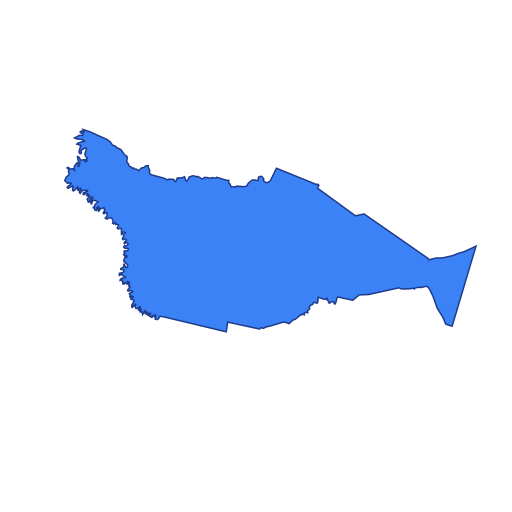 Mongkol Borei, Bântéay Méanchey, Cambodia (Natural Earth projection), rotated 197°
{"feature_id": "14789045B79139506572883", "entity_name": "Mongkol Borei", "entity_type": "district", "adm_level": 2, "iso_a3": "KHM", "parent_name": "Cambodia", "parent_adm1": "Bântéay Méanchey", "projection": "natural_earth1", "projection_center": [103.095, 13.468], "detail": "fine", "context": "isolated", "style": "filled", "palette": "blue", "viewbox_px": 512, "rotation_deg": 197, "n_neighbors": 0, "source": "geoboundaries", "source_scale": "gbopen_adm2", "svg_char_len": 6147}
<svg xmlns="http://www.w3.org/2000/svg" viewBox="0 0 512 512"><g transform="rotate(197 256 256)"><path d="M458.5,326.4L456.8,324.5L456.8,323.8L459.4,324.6L460.4,323.5L460.2,322.8L457.3,322.0L456.8,320.6L460.0,319.9L464.1,315.8L461.5,315.5L456.8,316.6L453.8,316.0L453.7,315.3L455.8,314.5L459.6,311.6L460.0,310.6L455.9,310.6L455.8,303.9L454.9,302.8L454.1,302.5L453.3,302.8L453.1,303.6L454.1,305.6L453.8,306.3L451.4,309.1L449.8,309.6L449.4,308.9L449.5,303.7L448.5,301.8L446.2,300.3L446.4,299.2L445.4,298.0L445.8,296.8L446.9,296.2L447.3,296.7L447.2,297.7L447.7,298.2L451.5,296.4L454.3,298.7L455.4,299.1L455.8,298.8L454.2,295.4L451.7,293.6L451.3,291.8L451.6,290.5L452.1,289.7L452.6,290.0L453.2,292.7L453.8,293.1L454.6,292.5L455.9,288.7L455.6,286.6L454.6,285.1L456.9,285.8L458.6,284.9L461.1,285.7L462.3,285.5L462.4,284.9L460.2,284.2L460.2,282.3L458.6,279.6L458.8,278.5L460.5,276.1L461.0,272.2L457.5,270.4L455.2,271.5L454.0,271.5L454.2,270.3L456.5,267.2L456.6,266.3L455.9,265.8L455.1,266.1L451.7,269.5L451.3,269.1L450.7,265.2L450.1,264.9L449.5,264.9L448.8,265.8L446.8,269.9L446.2,269.6L446.4,267.9L445.8,267.0L445.3,267.0L444.4,268.9L443.5,269.4L442.9,269.0L443.1,267.5L443.9,266.4L443.5,265.2L442.5,264.5L441.2,267.8L437.4,269.5L436.3,269.4L436.1,268.7L439.5,265.9L439.3,264.4L438.8,264.2L437.3,265.8L435.3,266.4L434.4,265.7L435.6,264.4L435.0,264.1L434.8,264.5L432.9,265.0L432.7,264.5L434.0,261.0L432.3,258.6L431.6,258.5L431.1,259.4L431.1,263.3L430.3,264.5L429.2,264.2L429.9,259.4L428.7,257.6L428.3,258.0L428.7,259.4L428.3,260.2L428.6,261.1L427.5,261.9L424.5,261.9L422.8,261.4L424.9,258.4L425.0,256.0L425.9,255.0L425.7,254.5L424.5,254.6L423.6,252.8L421.9,252.9L421.7,253.8L422.3,255.4L421.5,256.8L421.0,256.9L420.9,254.4L419.5,252.8L419.1,253.4L419.1,254.6L419.9,255.8L419.6,256.2L418.3,255.7L415.5,257.8L414.9,256.4L413.9,256.1L414.7,252.4L414.3,252.0L413.5,252.1L413.0,253.7L411.8,253.2L411.0,253.7L410.6,253.1L410.3,250.1L411.2,248.7L411.1,248.0L409.0,247.8L408.4,249.2L405.3,250.1L402.8,248.0L402.8,245.5L401.4,245.0L400.1,246.8L399.2,245.0L398.1,245.8L396.7,245.7L396.4,244.5L397.0,242.4L396.6,241.9L395.7,241.6L394.1,242.7L392.8,242.9L390.9,237.3L390.2,238.0L390.6,239.7L389.2,240.4L387.8,240.1L388.7,238.4L388.3,236.6L388.8,234.0L388.4,232.8L387.3,233.1L386.4,234.1L385.2,234.1L384.5,233.2L385.7,231.2L385.8,229.5L385.5,229.2L384.1,230.8L383.1,231.2L381.6,229.9L382.7,228.0L384.8,227.2L385.2,226.1L384.7,225.4L383.3,225.1L380.6,225.9L379.9,225.0L380.6,223.4L383.5,222.3L383.6,221.8L382.2,220.5L382.9,219.6L382.8,218.5L381.9,218.0L380.2,218.5L379.2,218.2L379.4,217.0L380.9,216.9L381.1,216.5L381.0,212.4L376.5,210.3L375.8,209.3L376.3,206.9L377.7,207.3L379.6,209.7L380.1,209.4L379.2,207.7L379.3,206.9L381.7,204.3L381.5,203.7L378.4,204.0L377.6,203.3L378.5,201.2L381.5,199.6L381.3,197.7L380.7,197.5L379.4,199.6L377.8,198.3L375.3,197.9L374.5,197.1L378.1,195.3L378.9,193.6L378.8,193.0L377.3,194.4L377.0,193.0L376.4,193.1L375.1,190.4L374.6,190.3L374.0,190.6L374.0,192.0L373.3,192.7L372.0,191.5L371.1,191.6L371.2,194.3L370.6,194.1L370.2,193.1L369.5,193.5L369.9,191.7L368.6,191.7L368.8,189.6L367.5,189.4L367.3,188.8L368.7,186.4L368.6,185.3L367.4,185.2L366.3,186.3L365.1,186.6L363.5,185.9L363.8,185.1L365.1,184.6L366.1,182.7L364.6,181.4L364.8,180.2L363.9,179.7L363.1,181.3L361.6,181.3L361.4,180.8L363.4,179.0L363.3,178.5L362.7,178.0L360.2,178.3L359.5,177.6L360.4,172.2L359.6,170.7L359.1,170.7L358.6,172.6L357.4,174.6L356.9,174.5L357.1,172.6L355.6,170.8L354.8,170.8L353.5,171.7L352.5,173.5L351.8,173.4L351.3,172.5L352.1,171.8L352.6,170.1L352.0,169.8L350.8,171.4L349.9,170.4L350.7,169.3L350.4,168.6L348.7,169.1L347.3,166.8L346.5,170.9L346.0,171.4L345.4,170.6L345.4,169.1L344.9,168.3L344.1,168.6L344.3,169.9L343.9,170.5L342.9,170.0L342.8,169.2L343.4,168.8L342.4,167.8L341.7,168.4L341.0,170.3L340.2,170.4L339.9,170.1L340.7,167.6L338.4,166.8L337.4,167.2L337.9,168.2L337.7,168.8L335.8,168.5L335.8,169.7L334.8,170.2L334.2,169.0L334.7,167.8L333.9,166.2L333.5,166.1L331.6,166.5L330.6,168.3L331.0,169.4L330.1,170.2L326.9,170.8L262.3,174.8L263.7,184.5L231.2,187.2L230.8,188.7L227.8,189.0L225.9,190.7L225.8,191.3L224.6,191.6L220.3,194.2L210.9,200.6L208.5,201.2L204.5,201.0L202.0,205.5L200.0,206.9L195.8,213.2L195.2,213.0L194.5,214.2L192.6,213.9L193.1,215.3L191.7,216.9L189.9,216.9L190.8,218.9L189.2,221.0L190.1,222.5L189.5,224.8L187.7,226.2L187.3,228.4L185.8,228.9L184.3,228.5L183.5,229.2L183.4,230.0L184.0,231.0L183.7,232.1L184.6,234.4L184.1,234.8L178.7,234.5L177.0,235.0L175.8,236.2L175.5,234.9L174.5,234.9L172.5,232.5L171.8,232.3L170.8,234.1L168.9,234.9L166.8,233.1L166.2,233.5L166.1,237.8L166.5,238.5L165.9,240.7L150.5,242.0L145.9,249.0L137.2,252.0L109.9,267.4L107.9,267.0L104.8,267.7L98.9,269.8L96.8,271.0L94.9,270.8L94.5,271.8L93.3,272.6L91.1,273.7L88.9,274.1L84.8,276.6L83.4,276.8L81.9,276.2L79.6,274.2L74.8,269.0L67.3,258.9L59.3,252.0L54.6,246.3L47.9,246.2L48.5,329.7L58.3,320.9L63.4,317.6L68.1,313.8L77.1,308.7L83.1,306.8L89.8,302.8L90.8,304.0L164.9,327.8L172.7,323.5L216.8,338.8L217.1,339.3L216.5,341.9L217.7,342.7L219.4,342.1L262.1,345.9L264.1,333.3L264.6,331.4L265.5,330.5L266.9,329.3L268.0,329.1L271.0,330.1L271.0,331.8L272.6,333.1L273.7,333.7L275.1,333.5L276.4,332.5L276.7,331.5L276.1,329.7L276.3,328.6L279.8,328.3L281.9,327.5L284.7,323.3L285.3,320.2L287.9,318.7L294.6,317.3L295.2,317.1L295.2,316.0L297.1,315.8L299.8,314.8L301.4,316.3L301.7,317.1L303.4,317.8L304.2,320.4L305.8,319.8L316.5,319.8L316.5,319.3L317.8,318.6L320.5,318.2L323.4,316.6L324.7,316.9L328.3,316.1L329.0,314.6L330.7,314.0L334.7,315.1L336.8,314.2L337.7,314.6L339.9,314.2L341.3,313.4L342.1,312.2L342.9,312.2L343.6,308.2L344.1,307.5L344.8,307.2L347.5,310.9L349.9,309.0L354.1,307.6L354.2,305.1L354.6,303.8L355.3,303.6L357.1,305.2L361.9,304.0L363.2,302.9L366.4,303.5L380.1,303.1L382.0,304.0L382.9,307.2L384.7,308.8L385.4,310.8L387.5,310.3L389.2,307.7L391.2,306.8L393.3,303.1L395.3,304.1L397.8,303.6L398.3,304.4L400.5,303.9L401.8,304.8L403.1,304.7L404.2,305.4L404.5,306.4L406.9,308.1L407.4,308.9L407.7,312.0L408.6,313.6L411.2,314.3L416.2,318.2L420.9,319.0L423.0,320.0L425.7,320.1L429.0,322.7L432.8,323.9L451.6,326.3L458.5,326.4Z" fill="#3b82f6" stroke="#1e3a8a" stroke-width="1.5"/></g></svg>